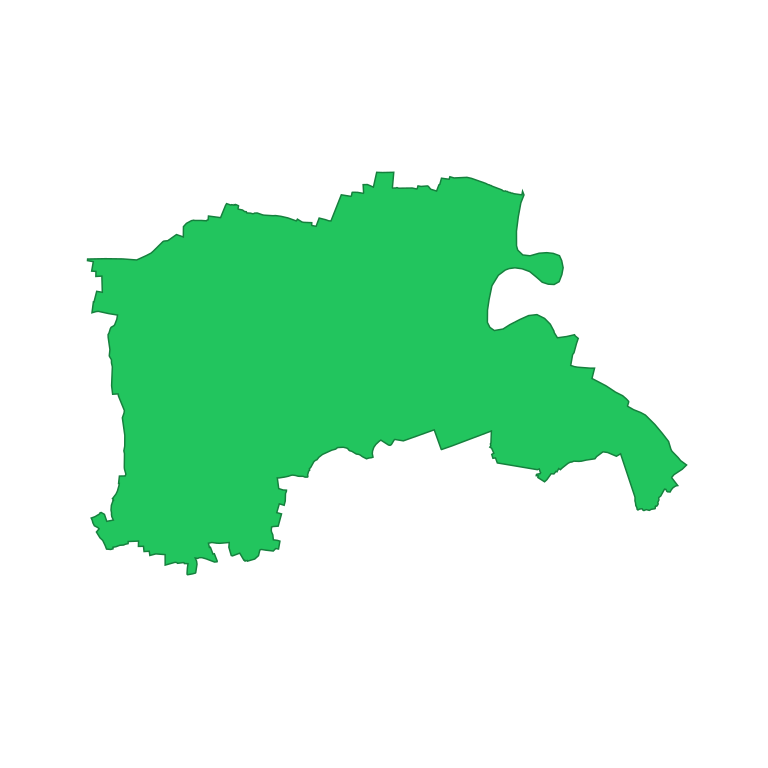 outline of Krathum Baen, Nakhon Pathom, Thailand, rotated 188°
{"feature_id": "78962969B60884985036965", "entity_name": "Krathum Baen", "entity_type": "district", "adm_level": 2, "iso_a3": "THA", "parent_name": "Thailand", "parent_adm1": "Nakhon Pathom", "projection": "albers", "projection_center": [100.27, 13.664], "detail": "fine", "context": "isolated", "style": "filled", "palette": "green", "viewbox_px": 768, "rotation_deg": 188, "n_neighbors": 0, "source": "geoboundaries", "source_scale": "gbopen_adm2", "svg_char_len": 6139}
<svg xmlns="http://www.w3.org/2000/svg" viewBox="0 0 768 768"><g transform="rotate(188 384 384)"><path d="M273.6,594.1L273.8,590.5L281.6,590.5L283.8,590.9L284.5,590.7L285.6,591.2L287.3,591.2L288.9,591.9L289.7,591.7L290.7,592.1L291.9,591.6L293.4,592.0L294.2,592.6L304.3,594.9L305.7,595.5L306.5,595.4L307.1,595.8L308.9,596.0L311.1,596.8L325.9,599.8L330.6,600.2L343.2,597.8L347.6,598.4L348.0,595.8L355.7,595.8L356.5,589.6L357.3,588.9L358.8,582.4L364.9,583.4L367.6,585.9L368.5,586.2L374.8,584.8L377.9,584.9L378.3,582.1L378.7,581.7L383.3,582.0L396.8,579.9L398.5,580.3L399.7,579.7L402.8,579.2L403.0,579.5L403.8,595.0L414.9,593.2L420.7,592.6L421.9,577.5L428.2,579.2L432.4,578.5L430.8,570.5L431.1,569.9L436.9,570.1L441.8,569.5L442.2,569.3L442.5,565.6L443.1,565.2L452.6,565.4L459.2,538.1L461.4,537.9L464.8,538.6L471.3,539.3L473.2,530.7L477.4,530.9L477.7,531.1L478.0,533.7L486.0,532.9L487.7,533.0L492.7,535.2L493.4,533.4L493.7,533.3L502.3,535.1L509.3,535.7L514.8,535.7L517.4,535.2L526.4,534.5L527.8,534.6L533.3,535.7L536.0,535.2L536.7,534.6L537.8,534.3L539.8,534.6L543.6,534.3L544.4,535.5L545.9,535.3L548.3,536.6L552.7,536.9L553.0,537.7L552.8,540.1L553.3,540.4L555.9,541.1L556.2,540.6L557.3,540.8L557.5,540.2L559.8,540.4L560.5,539.9L565.0,540.7L565.8,538.7L569.0,526.0L581.2,525.9L581.0,522.2L582.3,521.4L582.5,520.9L587.8,520.5L594.1,519.6L595.3,519.7L597.5,518.9L602.0,515.6L604.5,511.9L603.2,501.7L610.3,503.1L618.1,495.8L621.8,494.9L622.7,494.3L631.0,483.4L632.9,481.2L637.4,478.0L646.2,472.4L660.1,471.5L677.4,469.3L694.9,466.5L694.8,464.9L688.9,464.7L689.2,455.1L684.9,455.4L684.3,450.4L678.4,451.6L675.7,435.6L681.4,435.8L682.6,424.9L683.2,424.9L683.1,413.9L679.3,415.6L677.0,416.2L666.4,415.4L657.5,415.2L657.6,410.9L658.9,405.4L659.5,404.2L662.1,402.2L662.7,400.7L663.4,396.3L664.1,394.5L663.6,391.7L660.2,379.9L660.0,374.0L659.7,373.1L657.3,370.1L656.8,366.9L655.4,363.2L653.5,344.4L651.3,336.1L646.0,337.2L645.2,335.0L637.4,321.6L637.4,319.1L638.4,314.1L633.5,297.0L632.1,286.4L632.3,281.6L631.3,278.9L629.6,265.5L629.2,263.7L627.0,258.7L627.6,256.9L633.2,256.0L633.0,248.6L632.3,248.7L632.3,246.7L633.1,240.9L634.1,237.7L636.9,232.7L636.2,232.4L636.3,231.3L635.7,231.2L636.2,230.2L637.1,226.0L636.8,221.2L635.9,218.6L635.7,216.8L635.1,214.8L633.1,211.6L639.4,209.4L642.7,216.0L646.2,217.4L647.3,216.9L647.5,215.8L651.9,212.3L655.3,210.5L654.0,208.5L652.9,205.9L651.1,203.3L647.4,202.0L646.0,200.9L648.2,197.4L643.8,192.1L640.8,190.0L637.5,185.0L635.8,181.9L631.6,182.1L629.4,183.1L629.7,184.6L626.7,185.6L623.2,187.5L619.4,188.3L617.9,189.3L615.2,190.3L615.4,192.4L605.2,194.3L604.6,189.0L599.6,189.8L598.3,184.7L593.2,185.7L592.0,181.6L586.3,184.0L577.0,184.6L575.5,174.2L566.0,178.4L564.3,178.3L563.5,177.7L557.9,179.2L557.2,179.2L556.7,178.4L553.1,178.8L553.1,174.5L552.7,169.2L552.4,168.0L551.9,167.8L547.3,169.3L544.5,170.5L544.2,170.9L544.1,179.5L544.9,182.4L546.7,185.4L544.3,185.3L542.8,186.3L540.1,186.7L535.8,186.1L527.1,184.1L524.6,184.7L524.5,185.4L528.4,192.3L529.7,191.8L533.2,198.2L534.1,197.8L535.7,201.9L532.4,203.1L527.6,203.1L524.4,203.4L515.2,205.5L514.9,200.7L511.4,192.9L510.1,192.7L503.3,196.4L498.2,190.0L497.5,190.2L497.0,189.3L494.9,190.2L494.5,189.6L487.6,192.7L484.4,196.5L483.9,201.7L483.5,202.7L482.2,203.1L478.0,203.0L470.4,203.2L468.3,206.0L465.5,205.9L465.2,213.9L467.7,214.3L471.9,214.3L473.1,219.1L474.8,221.9L475.3,223.6L475.4,226.7L474.0,227.4L469.0,228.5L467.4,241.1L472.3,241.7L471.0,250.8L466.0,250.0L465.5,254.4L466.3,261.8L465.7,264.2L465.8,265.3L469.2,265.0L473.7,265.8L476.6,276.2L474.8,276.4L469.5,278.0L465.7,279.4L463.4,280.6L461.7,281.1L458.9,281.1L456.0,280.7L451.3,281.3L449.2,280.8L446.7,281.2L446.5,282.0L447.0,283.3L446.5,287.2L445.6,288.3L446.1,289.7L445.0,291.1L442.6,297.4L441.2,298.9L439.9,299.6L438.3,302.4L435.1,305.7L426.5,311.2L422.8,312.8L421.1,314.6L415.5,315.7L412.2,315.4L411.0,315.0L409.4,313.5L408.5,313.1L406.6,312.9L401.7,310.8L399.4,310.8L397.8,310.4L395.2,309.0L390.9,307.5L388.7,308.6L386.1,309.3L384.7,310.0L385.9,313.4L386.0,316.0L385.3,319.8L383.7,323.0L380.8,326.6L379.3,328.0L371.1,324.2L369.5,324.1L368.3,325.0L366.1,330.1L365.6,330.6L356.9,330.4L327.9,345.6L318.2,327.2L317.9,327.1L308.0,332.2L271.1,352.4L269.9,340.5L270.3,339.5L269.6,337.6L270.4,336.2L268.5,335.4L265.6,330.7L267.5,329.3L265.8,325.6L263.3,326.3L260.8,321.6L220.2,320.5L218.4,321.5L216.9,318.2L216.6,318.1L216.8,317.0L220.1,315.9L220.5,315.3L220.5,314.4L218.4,314.5L218.6,312.8L211.4,309.5L209.4,311.9L206.0,318.4L203.2,318.6L201.5,321.5L200.5,321.1L199.2,324.6L197.4,323.7L195.8,325.7L190.7,331.1L188.7,332.5L187.1,332.9L185.3,334.0L180.2,334.5L177.6,335.1L173.2,336.8L164.7,339.3L163.4,341.7L157.7,347.3L153.0,347.3L143.8,344.8L140.0,347.8L120.1,307.7L119.6,306.5L119.2,303.2L118.4,301.3L117.7,298.6L116.4,296.8L115.9,295.1L115.0,294.6L113.5,295.7L111.3,296.3L110.8,296.2L110.1,295.2L109.4,294.9L108.9,294.9L106.9,296.1L103.6,295.8L101.9,297.1L98.3,298.2L98.1,298.7L98.3,300.5L98.0,300.9L96.9,301.0L95.9,302.9L95.9,303.8L96.4,304.7L95.6,307.5L96.1,309.2L96.0,309.9L94.4,311.5L91.6,318.9L90.2,318.9L89.1,317.2L88.3,316.7L85.6,316.9L85.0,318.7L83.6,321.2L81.7,323.0L80.6,323.8L79.0,324.3L85.9,331.1L86.0,331.7L84.2,334.6L76.8,341.1L73.1,345.9L79.6,349.4L82.4,352.0L89.5,357.5L90.8,359.3L94.2,366.7L101.6,373.9L110.0,381.5L120.8,389.6L125.9,391.5L133.3,393.3L139.6,395.8L139.8,396.1L139.2,400.0L139.3,400.8L142.0,403.0L146.0,405.6L153.7,408.2L163.7,413.0L178.8,418.4L177.7,429.0L181.9,428.4L194.5,427.6L198.0,427.7L201.7,428.4L201.3,439.4L200.2,441.4L199.0,450.9L198.0,456.2L201.3,458.2L202.2,459.3L209.8,456.4L218.7,453.9L222.6,458.6L223.1,460.1L227.7,466.4L234.1,471.3L242.2,474.0L250.3,471.9L258.4,466.8L267.6,460.3L273.8,455.0L282.2,452.3L287.0,454.8L290.2,459.4L291.8,471.6L291.7,482.4L290.8,496.3L285.9,507.6L279.7,513.8L276.2,515.7L270.5,517.3L263.2,517.3L255.4,515.6L247.7,510.9L241.5,506.8L235.3,505.7L229.4,506.2L224.8,509.7L223.1,517.1L222.8,524.1L225.2,530.9L228.1,535.5L234.6,536.9L241.1,536.7L248.6,535.1L257.2,531.3L264.5,531.1L270.2,535.2L272.0,539.3L274.1,553.7L274.3,568.3L273.7,582.4L271.7,590.7L273.6,594.1Z" fill="#22c55e" stroke="#15803d" stroke-width="1.5"/></g></svg>